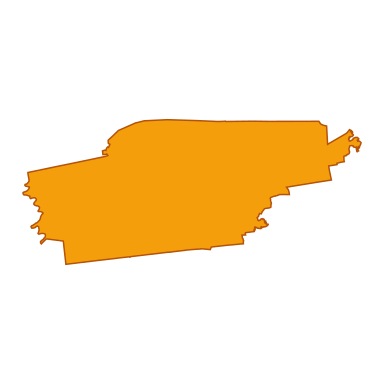 the district of Caldararu, Arges, Romania
{"feature_id": "2599482B11368679427282", "entity_name": "Caldararu", "entity_type": "district", "adm_level": 2, "iso_a3": "ROU", "parent_name": "Romania", "parent_adm1": "Arges", "projection": "natural_earth1", "projection_center": [24.963, 44.455], "detail": "fine", "context": "isolated", "style": "filled", "palette": "amber", "viewbox_px": 384, "rotation_deg": 0, "n_neighbors": 0, "source": "geoboundaries", "source_scale": "gbopen_adm2", "svg_char_len": 5849}
<svg xmlns="http://www.w3.org/2000/svg" viewBox="0 0 384 384"><path d="M243.4,243.8L243.3,242.7L243.3,242.0L243.6,240.7L243.5,240.3L243.2,239.8L243.0,238.8L242.8,238.3L242.4,237.8L242.0,235.1L245.6,235.0L245.4,234.2L245.3,233.1L245.5,232.7L253.8,231.6L254.3,231.5L254.4,231.2L254.0,230.5L253.9,230.0L254.2,229.8L254.7,230.1L254.9,230.1L255.1,229.8L255.1,228.4L254.8,228.1L254.6,228.0L254.7,227.8L254.7,227.3L254.8,227.1L255.1,227.0L256.0,227.2L256.3,227.5L256.4,227.8L256.6,227.9L257.0,227.8L257.4,228.0L257.8,228.3L258.1,228.4L258.5,228.2L259.2,228.4L259.5,228.4L259.7,228.5L260.5,228.6L260.9,228.6L261.5,228.1L261.4,227.9L261.1,227.5L261.0,227.2L261.1,226.7L261.4,226.6L261.7,226.8L262.3,227.5L262.8,227.2L263.4,227.1L263.6,226.8L264.1,226.7L264.8,226.9L266.4,226.3L267.8,225.2L268.2,224.5L268.1,224.2L267.7,224.1L267.0,224.1L266.2,224.0L266.1,223.9L266.1,223.6L266.2,222.9L265.5,223.0L265.1,223.0L264.8,222.7L264.7,222.5L265.0,222.3L265.3,222.3L265.8,221.8L265.8,221.5L265.7,221.2L265.5,221.4L265.3,221.7L265.1,221.8L264.7,221.8L264.7,221.3L264.4,220.8L264.3,220.2L264.2,219.6L264.0,219.3L263.8,219.1L263.6,219.4L263.2,219.5L262.9,219.5L262.4,218.7L262.1,218.8L261.2,218.9L261.0,219.2L260.6,219.4L260.4,219.6L260.4,219.9L260.0,220.3L259.4,220.4L258.7,220.7L258.0,220.3L257.9,219.6L257.6,218.7L257.1,217.8L257.5,217.2L258.3,216.7L258.6,216.4L258.6,215.2L259.1,214.8L259.5,213.5L261.2,213.9L261.5,213.4L262.2,211.8L263.1,210.6L263.9,209.6L264.4,208.8L265.7,208.4L268.9,208.0L270.2,207.6L270.9,207.1L271.0,204.4L271.4,203.7L271.2,203.0L271.2,202.4L270.9,201.9L270.6,201.0L270.6,199.3L270.3,198.6L270.2,198.2L270.4,197.8L270.7,197.5L271.7,197.1L272.9,196.7L273.6,196.4L274.0,196.2L274.9,196.2L275.4,196.1L275.9,195.8L276.2,195.8L277.6,195.4L277.8,195.2L278.8,195.0L279.4,194.6L279.8,194.5L281.7,194.6L282.5,194.5L289.4,194.6L289.2,192.9L288.8,191.2L288.5,190.0L286.5,187.2L316.7,182.3L330.8,180.1L331.4,180.0L329.4,170.5L328.7,165.9L330.4,165.7L336.8,164.7L337.1,164.6L337.1,164.4L336.9,163.5L336.9,163.3L340.8,162.3L344.3,161.7L344.0,160.2L343.9,157.0L343.8,156.5L343.9,156.3L344.2,156.1L346.1,155.7L346.1,155.3L346.3,155.1L347.3,154.8L347.5,154.7L347.5,154.4L348.8,153.9L349.1,153.5L349.6,152.1L349.6,151.8L349.3,151.2L349.3,150.7L349.0,149.8L349.0,148.4L349.1,148.1L349.5,147.3L349.5,146.7L349.8,145.9L351.1,145.6L352.0,145.6L352.3,145.8L352.9,145.8L353.3,146.0L353.2,146.4L353.5,147.0L353.9,147.0L354.3,147.2L354.6,147.2L354.8,147.2L355.1,147.3L355.4,147.5L355.8,147.5L356.4,147.1L356.6,147.6L356.4,148.8L356.4,149.3L356.9,151.6L357.4,151.7L357.5,151.5L358.2,151.0L358.6,150.9L358.5,150.3L358.1,149.8L358.1,149.5L357.9,149.1L357.9,148.7L358.1,148.3L358.1,148.1L357.8,148.1L357.7,148.0L357.7,147.8L357.6,147.4L357.8,147.3L358.3,147.6L358.5,147.5L358.5,146.8L358.7,146.5L358.8,146.6L358.7,146.8L358.9,147.6L358.5,147.9L358.4,148.1L358.7,148.2L359.2,148.0L359.5,147.5L359.5,146.4L360.1,145.5L360.9,143.6L361.0,142.5L359.4,141.1L357.8,141.2L357.9,140.6L357.6,140.4L357.3,140.3L357.3,140.1L357.8,139.9L358.4,139.7L358.8,138.8L357.3,137.4L355.6,137.4L353.1,138.4L353.1,139.2L353.0,139.5L350.3,141.0L349.3,141.0L349.1,139.8L348.7,139.6L348.6,139.0L348.6,138.5L348.7,138.3L349.4,138.2L349.7,138.0L349.8,137.7L349.3,137.3L349.3,137.1L349.9,136.6L350.2,136.5L350.9,136.7L351.8,136.5L352.7,136.0L353.4,135.0L353.1,134.5L351.8,133.5L351.8,133.2L352.3,133.0L352.5,132.9L352.6,132.7L352.5,132.4L352.0,132.5L351.9,132.3L352.3,131.6L352.1,131.4L351.9,131.4L350.9,131.6L351.1,131.3L351.2,130.9L350.7,131.0L350.6,130.9L350.8,130.4L350.7,130.1L350.3,130.0L349.9,130.1L349.5,129.7L347.2,132.6L346.0,133.6L328.6,143.7L327.6,144.3L326.6,126.0L323.9,125.4L322.0,124.7L320.6,123.9L318.9,121.3L268.8,121.4L252.8,121.2L233.8,121.4L226.0,121.5L225.2,121.1L224.7,121.3L217.9,121.5L217.6,121.5L208.7,121.1L196.5,120.6L167.3,119.7L144.2,120.8L136.7,122.7L136.1,122.7L118.4,130.5L112.4,136.3L108.3,140.1L108.1,140.6L108.4,143.5L109.9,144.3L108.5,147.4L107.5,147.0L106.5,148.4L105.9,150.5L104.8,150.1L102.5,150.9L102.9,154.6L105.8,154.4L106.8,154.0L107.9,155.5L105.9,156.3L73.9,163.0L55.2,166.8L27.9,172.5L27.9,173.4L29.1,180.3L28.8,181.6L27.9,182.8L27.2,183.6L25.9,184.3L25.3,184.3L24.8,185.1L25.3,185.9L26.0,186.3L27.5,186.5L28.7,186.9L29.3,187.0L29.4,187.5L29.0,188.4L28.3,189.6L27.1,190.8L25.8,191.5L23.6,192.2L23.1,192.5L23.0,193.1L23.5,194.6L24.3,195.0L25.0,194.9L25.6,195.0L26.3,195.0L27.1,195.3L28.4,195.8L29.8,196.2L29.9,196.9L29.9,197.7L30.1,198.1L30.6,198.6L31.3,198.5L32.0,198.1L34.2,197.7L35.0,197.9L36.0,198.9L36.4,199.3L36.3,199.9L36.1,200.5L35.7,200.8L35.0,201.6L33.9,203.1L33.8,204.1L34.7,205.1L36.3,205.8L37.8,205.9L39.4,207.1L39.5,207.4L39.5,207.7L39.3,208.8L38.8,209.9L38.1,210.8L38.2,211.4L38.7,211.6L40.5,211.6L41.2,211.8L42.5,212.4L42.9,213.1L43.0,213.4L42.7,213.7L42.1,214.1L40.9,216.2L40.7,216.7L40.4,218.1L40.2,218.9L39.8,219.7L39.5,220.3L38.7,221.0L38.1,221.7L37.3,222.5L36.4,223.0L35.9,223.1L34.5,224.2L33.1,225.1L32.3,225.5L32.0,225.8L31.8,225.9L31.6,225.8L31.4,226.0L31.0,226.7L31.6,228.0L31.9,228.2L33.3,228.1L34.0,227.8L34.5,227.8L35.4,227.4L36.1,226.6L37.1,226.1L37.5,226.1L37.9,226.3L38.5,226.7L38.7,227.3L39.1,230.0L38.9,230.8L38.7,231.5L38.5,232.3L38.2,232.9L38.0,233.4L38.3,233.8L38.7,234.1L39.2,234.1L40.6,233.6L42.4,233.4L44.0,233.6L45.1,234.1L45.5,235.5L45.2,236.8L44.3,238.0L43.7,238.5L43.4,239.3L42.4,239.9L40.6,241.4L40.5,242.7L40.9,243.4L41.3,243.9L46.0,239.2L46.4,239.0L47.3,239.0L59.0,240.5L63.3,241.1L65.9,264.3L95.8,260.7L115.8,258.4L119.3,257.9L125.0,257.3L129.2,256.8L129.8,257.2L130.0,257.2L130.3,256.8L130.4,256.7L133.4,256.3L161.5,253.0L167.3,252.3L170.0,252.2L173.3,251.7L185.3,250.3L186.2,250.1L190.4,249.7L197.0,249.2L200.7,249.0L200.8,248.8L202.9,248.9L210.3,249.6L211.2,247.2L211.5,247.0L226.8,245.3L228.4,245.1L231.4,244.9L237.8,244.3L239.4,244.1L243.4,243.8Z" fill="#f59e0b" stroke="#b45309" stroke-width="1.5"/></svg>